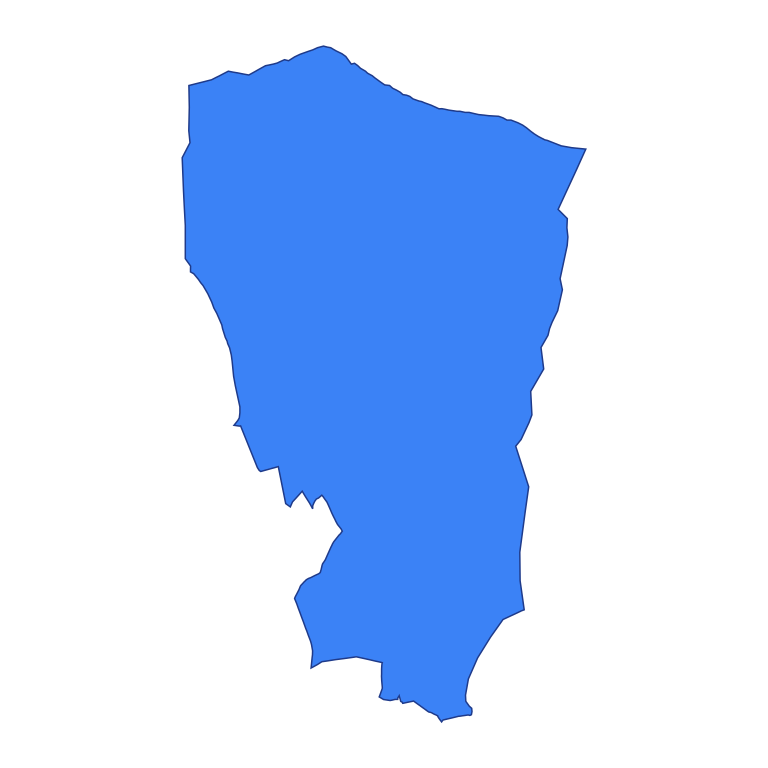 the district of Etche, Rivers, Nigeria
{"feature_id": "59680162B93423525469915", "entity_name": "Etche", "entity_type": "district", "adm_level": 2, "iso_a3": "NGA", "parent_name": "Nigeria", "parent_adm1": "Rivers", "projection": "equal_earth", "projection_center": [7.069, 5.07], "detail": "fine", "context": "isolated", "style": "filled", "palette": "blue", "viewbox_px": 768, "rotation_deg": 0, "n_neighbors": 0, "source": "geoboundaries", "source_scale": "gbopen_adm2", "svg_char_len": 4427}
<svg xmlns="http://www.w3.org/2000/svg" viewBox="0 0 768 768"><path d="M585.8,149.1L571.7,147.7L561.0,145.8L547.3,140.4L544.7,139.8L538.4,136.5L534.1,133.8L530.5,131.1L526.5,127.8L522.6,125.1L518.2,122.9L517.0,122.4L511.0,120.1L507.0,120.1L503.1,117.9L498.7,116.3L488.7,115.7L483.7,115.1L478.7,114.6L474.7,113.7L469.1,112.4L465.1,112.4L460.0,111.3L457.8,111.3L457.1,111.3L448.8,110.1L445.2,109.3L441.9,108.7L439.0,108.8L431.4,105.3L428.4,104.2L424.5,102.8L421.7,101.6L418.9,101.0L414.1,99.3L413.0,98.9L409.8,96.4L406.6,95.2L402.9,94.6L400.3,92.3L396.3,90.0L392.7,88.3L389.6,85.5L384.7,84.9L380.9,82.3L375.0,78.0L372.2,75.7L367.9,73.4L367.0,72.7L365.5,71.2L360.5,68.3L357.6,65.5L354.5,63.3L351.3,64.1L348.4,60.1L345.8,56.5L341.9,53.7L339.2,52.4L336.3,51.0L333.5,49.4L330.7,47.7L327.3,47.1L323.5,46.1L317.5,47.7L312.7,49.9L307.9,51.5L300.3,54.2L297.3,55.6L294.6,56.9L288.6,60.7L284.5,59.7L280.0,61.7L277.3,63.0L272.9,64.2L272.7,64.2L269.1,65.0L265.5,65.7L258.1,69.8L254.8,71.7L248.8,75.0L243.8,74.1L240.7,73.5L237.7,72.9L233.4,72.2L228.3,71.2L222.7,74.1L219.3,75.9L216.2,77.4L211.5,79.8L207.5,80.8L204.0,81.7L200.0,82.7L194.8,84.0L190.5,85.1L188.9,85.5L189.3,107.3L188.8,130.7L190.0,142.7L182.2,157.7L183.5,190.9L184.4,208.9L185.3,225.4L185.3,258.7L189.7,264.8L190.6,266.1L190.5,269.1L190.5,271.9L193.7,273.7L198.2,279.1L200.9,283.0L203.0,285.5L207.8,293.7L211.7,302.0L213.9,308.1L216.8,313.4L221.8,324.9L222.6,328.8L225.3,337.4L227.1,341.1L227.7,343.6L229.6,347.9L231.3,355.0L232.1,360.9L233.6,376.2L235.3,385.6L239.9,406.9L239.9,412.8L239.3,417.9L237.8,420.5L234.0,425.3L239.4,426.1L240.6,425.9L257.4,467.6L259.2,470.4L260.7,471.5L278.3,466.6L285.7,503.6L288.2,505.4L290.3,506.9L292.5,501.9L296.2,497.9L302.2,491.2L305.3,496.4L309.5,503.0L312.2,507.9L312.4,508.3L312.7,508.2L312.7,506.0L312.9,505.3L314.0,502.7L315.1,500.7L315.9,499.7L316.1,499.3L316.8,498.8L318.1,498.2L318.4,498.1L319.4,497.3L321.8,495.2L323.0,496.5L324.7,499.0L325.3,499.8L326.0,500.8L326.4,501.3L327.0,502.2L328.3,505.0L330.0,508.8L331.7,512.8L332.3,514.1L333.6,516.8L334.9,519.3L335.7,521.1L336.9,523.3L337.6,524.6L341.0,528.8L342.3,531.2L341.5,532.2L340.5,533.7L339.1,535.0L336.8,537.9L336.0,538.9L333.8,541.7L332.6,543.7L331.5,546.1L331.1,546.8L327.1,555.7L325.4,559.6L324.7,560.7L324.2,561.5L323.2,562.9L322.6,563.8L322.1,565.3L321.6,567.5L321.1,569.7L320.5,571.6L320.3,572.4L319.5,573.2L318.6,573.8L316.6,574.7L315.3,575.3L312.7,576.6L311.0,577.5L309.2,578.2L308.6,578.4L306.2,579.8L305.3,580.8L304.2,581.8L302.4,583.8L301.2,585.0L300.4,586.1L299.0,589.6L296.9,593.7L295.3,596.7L294.7,598.2L294.6,598.7L294.8,599.0L296.8,603.9L298.3,608.2L300.0,612.7L301.6,617.1L303.3,621.6L304.7,625.5L305.8,628.6L306.8,631.0L308.2,635.0L310.4,640.7L311.1,643.0L311.6,645.0L312.3,649.1L312.6,650.9L312.5,653.8L312.5,654.6L312.1,657.9L311.1,668.0L313.9,666.5L317.5,664.5L321.9,661.7L327.6,660.9L335.7,659.6L343.7,658.6L353.1,657.3L356.3,656.8L369.5,659.7L375.4,661.1L381.0,662.3L382.3,662.7L382.0,663.8L381.8,665.6L381.6,669.0L381.6,670.9L381.6,674.1L381.5,676.3L381.6,678.1L381.7,680.5L381.9,682.7L382.0,683.9L382.1,685.1L382.2,686.0L382.3,687.7L382.3,688.2L382.1,689.0L379.8,695.4L379.2,696.9L383.5,699.5L390.1,700.5L391.8,700.2L395.1,699.4L397.7,699.4L397.9,697.7L399.1,696.0L399.2,695.8L399.6,697.3L400.1,698.9L400.5,700.5L400.7,701.3L400.9,701.5L401.1,701.6L401.6,701.9L402.1,702.1L402.3,702.4L402.5,702.8L402.6,703.1L402.7,703.3L402.9,703.3L404.8,702.9L408.5,702.1L412.6,701.3L413.3,701.1L413.7,701.1L414.3,701.6L415.4,702.4L416.4,703.1L417.5,703.9L418.6,704.7L420.1,705.7L421.2,706.6L422.1,707.2L423.6,708.3L426.9,710.7L427.7,711.3L428.8,712.0L430.3,712.3L431.5,712.7L432.7,713.4L434.4,714.3L435.7,714.8L437.0,715.5L437.7,715.8L437.8,716.4L438.3,717.3L439.2,718.7L440.6,720.6L441.6,721.9L442.7,720.4L443.1,720.0L448.1,718.8L451.6,718.0L457.7,716.5L458.4,716.3L460.6,716.1L462.3,715.8L463.9,715.6L465.3,715.4L467.1,715.1L468.3,715.0L469.9,715.4L471.4,714.7L472.0,711.5L471.7,708.3L469.3,706.2L468.8,705.5L465.8,701.3L465.5,695.1L468.4,678.9L477.6,657.9L490.6,637.0L503.0,619.5L520.5,611.3L521.0,611.0L524.2,609.8L520.1,580.7L519.8,552.2L525.2,511.7L528.7,486.8L515.7,446.2L521.1,439.5L529.0,422.6L531.9,414.9L530.7,391.4L543.7,369.0L541.0,347.5L548.0,335.3L549.6,328.5L552.1,322.2L557.7,310.7L562.4,289.8L560.1,278.7L567.2,245.5L567.9,237.0L566.9,227.8L567.3,218.6L558.1,209.4L576.3,170.1L585.8,149.1Z" fill="#3b82f6" stroke="#1e3a8a" stroke-width="1.5"/></svg>